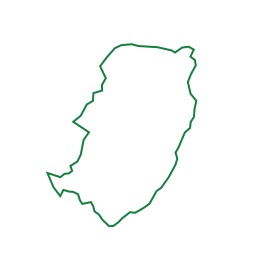 the district of Fazenda Vilanova, Rio Grande do Sul, Brazil, rotated 22°
{"feature_id": "56859067B8921969291508", "entity_name": "Fazenda Vilanova", "entity_type": "district", "adm_level": 2, "iso_a3": "BRA", "parent_name": "Brazil", "parent_adm1": "Rio Grande do Sul", "projection": "equal_earth", "projection_center": [-51.841, -29.589], "detail": "fine", "context": "isolated", "style": "outline", "palette": "green", "viewbox_px": 256, "rotation_deg": 22, "n_neighbors": 0, "source": "geoboundaries", "source_scale": "gbopen_adm2", "svg_char_len": 1001}
<svg xmlns="http://www.w3.org/2000/svg" viewBox="0 0 256 256"><g transform="rotate(22 128 128)"><path d="M90.7,216.5L91.3,209.6L96.9,209.1L100.9,207.8L106.5,208.1L110.4,212.9L114.0,215.5L121.3,210.6L124.7,213.2L128.3,217.9L133.4,219.1L138.7,222.7L147.2,226.1L151.1,224.3L154.5,218.8L156.5,213.7L161.4,205.3L166.2,204.0L169.3,200.4L173.3,194.9L176.3,190.2L178.1,175.8L181.1,171.2L184.1,158.7L185.8,144.3L185.2,137.9L181.3,133.0L182.2,126.3L182.2,120.9L182.4,110.9L185.5,104.7L183.9,98.9L185.0,93.0L182.6,85.6L181.1,77.2L173.2,72.8L166.3,63.0L166.2,54.6L167.4,44.5L164.5,39.9L159.2,38.4L159.6,30.7L153.8,29.9L148.0,33.2L143.4,40.4L139.7,39.7L125.2,42.0L106.9,48.1L100.2,48.9L91.0,53.5L85.9,58.9L82.0,70.0L79.0,81.2L88.8,90.1L87.7,97.8L90.0,103.0L82.9,108.6L85.3,116.0L80.9,121.7L79.6,134.3L74.9,142.8L82.3,144.3L93.4,146.6L91.3,155.6L94.2,170.5L93.6,178.1L88.8,184.8L92.3,188.7L90.1,192.3L86.3,194.3L83.8,198.9L70.2,199.9L81.2,210.9L90.7,216.5Z" fill="none" stroke="#15803d" stroke-width="2"/></g></svg>